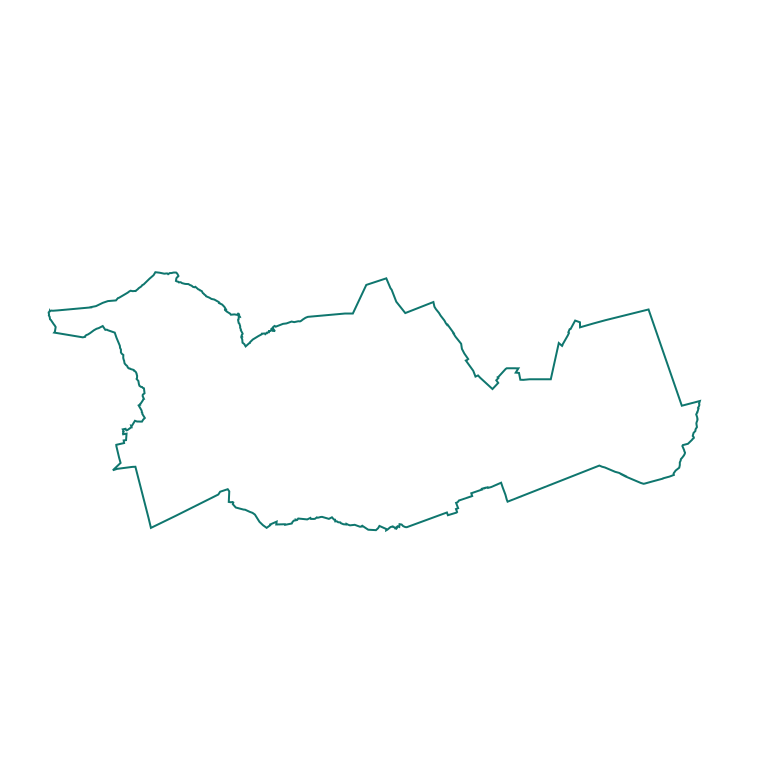 outline of Loreto, Zacatecas, Mexico, rotated 158°
{"feature_id": "50627088B14254391912134", "entity_name": "Loreto", "entity_type": "district", "adm_level": 2, "iso_a3": "MEX", "parent_name": "Mexico", "parent_adm1": "Zacatecas", "projection": "natural_earth1", "projection_center": [-101.92, 22.274], "detail": "fine", "context": "isolated", "style": "outline", "palette": "teal", "viewbox_px": 768, "rotation_deg": 158, "n_neighbors": 0, "source": "geoboundaries", "source_scale": "gbopen_adm2", "svg_char_len": 6150}
<svg xmlns="http://www.w3.org/2000/svg" viewBox="0 0 768 768"><g transform="rotate(158 384 384)"><path d="M154.7,360.2L167.3,361.7L181.0,363.1L179.2,367.8L183.0,371.2L190.4,365.1L191.3,365.3L193.7,362.9L193.4,362.0L195.5,360.1L204.4,353.1L204.3,352.8L204.6,352.6L206.6,356.5L227.6,325.9L247.4,333.9L253.4,335.7L256.0,336.9L254.7,343.7L257.6,345.2L253.5,348.2L264.3,352.6L265.5,352.4L275.1,347.8L276.0,347.7L275.7,346.7L278.5,345.4L277.7,342.2L285.3,338.7L292.5,353.8L293.6,356.7L296.4,356.6L296.3,362.8L299.3,375.1L298.1,375.1L296.6,375.6L298.1,382.2L298.6,387.4L297.4,392.4L300.0,401.1L300.7,405.0L300.3,405.0L302.8,415.2L303.3,415.0L303.9,417.2L304.2,420.2L305.9,426.2L306.4,429.3L307.8,433.9L308.3,436.7L307.5,441.5L337.7,441.8L341.8,455.7L341.6,468.6L342.1,470.3L342.3,481.1L363.3,482.5L386.5,461.0L393.6,463.9L429.5,474.8L432.0,474.8L435.1,474.2L437.1,473.6L438.4,473.5L440.0,474.3L444.1,475.0L446.3,476.5L451.7,476.7L455.1,477.6L462.9,477.7L463.6,478.8L465.1,478.5L466.2,477.8L465.9,477.3L466.2,476.9L465.5,474.5L465.8,474.2L467.1,474.9L466.6,476.5L467.6,477.3L468.0,477.1L468.4,476.0L469.3,475.7L470.8,476.2L471.3,475.1L472.2,475.4L473.3,475.0L473.5,475.4L475.4,474.7L475.6,475.5L478.4,476.4L478.7,475.9L482.4,475.5L489.0,474.4L492.6,472.9L493.0,472.3L493.5,472.4L498.2,470.7L498.6,473.4L499.7,475.3L498.7,478.5L498.8,480.9L497.8,480.9L497.9,482.2L497.4,482.8L496.7,483.1L496.2,483.7L496.6,487.5L496.3,487.8L496.3,490.1L495.7,491.4L495.5,494.3L495.9,495.0L495.3,498.1L494.7,498.3L494.4,499.1L493.9,499.6L493.2,501.9L493.1,501.2L493.2,501.3L493.4,500.9L492.5,500.6L492.8,502.2L492.3,502.8L492.5,503.6L492.9,503.9L494.2,503.1L496.7,504.6L500.0,505.6L500.4,507.0L502.7,510.1L503.7,512.2L503.6,512.5L502.6,512.3L503.1,515.3L504.3,518.3L506.6,520.8L506.2,521.2L506.6,522.0L509.7,525.9L512.1,527.5L513.5,529.4L516.1,532.0L516.1,532.7L517.2,534.6L517.3,535.3L517.9,536.1L518.2,538.5L519.5,539.7L519.6,540.3L520.7,541.3L522.5,544.8L523.5,544.7L524.7,545.6L525.6,547.3L526.7,548.3L527.9,549.9L530.9,551.3L533.5,553.2L534.1,554.2L534.9,554.8L536.1,555.0L536.5,555.9L537.6,556.7L538.3,557.5L536.9,559.8L536.0,560.4L534.3,560.9L534.1,561.3L534.4,564.0L535.1,565.3L537.5,566.2L539.6,566.5L541.0,567.1L543.0,566.7L543.3,567.5L544.3,568.0L546.4,568.6L550.3,571.2L554.1,573.3L556.9,571.2L561.9,569.5L569.7,566.3L570.9,566.3L572.5,565.4L575.6,564.7L577.1,564.0L578.5,563.7L579.4,563.2L580.5,563.7L582.2,564.2L584.0,565.4L585.7,565.2L587.4,564.7L597.4,563.2L598.5,563.3L601.2,561.9L608.9,564.3L614.4,564.6L621.9,564.1L627.0,565.1L627.0,564.8L658.4,574.3L663.7,576.0L664.7,576.6L665.8,576.7L666.6,576.5L666.6,576.9L667.0,576.4L668.0,576.1L668.2,575.8L668.5,574.0L669.1,573.0L668.8,571.8L669.4,569.1L668.9,568.2L667.7,562.6L667.4,561.8L667.1,559.8L669.6,555.7L670.5,555.2L645.8,540.1L643.4,539.7L642.9,540.5L641.5,540.9L640.2,540.8L637.4,541.3L632.8,542.5L629.8,542.9L627.6,542.7L623.1,543.1L622.1,538.6L620.6,538.2L619.9,537.3L614.4,532.5L614.7,527.1L614.6,518.4L615.2,516.3L615.0,514.5L616.1,511.8L615.8,510.3L614.8,508.6L616.0,505.9L616.3,503.8L616.2,503.1L616.4,502.4L616.8,500.2L616.0,497.9L615.6,497.4L615.3,496.3L615.4,495.4L615.1,494.7L614.7,494.0L613.9,493.7L613.7,493.1L610.8,490.8L610.9,490.1L610.1,489.2L609.5,487.6L609.6,486.7L609.5,486.3L609.8,485.3L609.7,484.6L610.0,483.7L610.8,482.0L611.5,481.4L610.6,478.8L611.3,475.7L611.4,473.9L610.4,472.4L609.5,471.9L609.1,470.8L608.2,469.9L609.5,465.1L611.6,464.5L612.3,463.3L612.2,460.2L612.6,460.3L613.7,459.2L616.6,457.2L617.4,457.0L617.8,456.1L618.2,456.3L619.5,456.1L618.7,450.4L618.9,449.0L619.2,448.4L618.9,447.6L619.3,446.7L618.5,442.1L620.6,441.2L622.5,439.8L627.0,441.7L628.7,443.2L633.5,439.6L634.1,440.1L634.3,438.4L634.6,438.5L639.2,437.4L640.1,437.5L640.4,438.1L640.4,439.3L643.2,439.8L643.1,437.7L643.7,437.6L643.7,436.8L644.5,436.1L644.7,435.1L641.3,434.4L644.2,428.6L646.5,429.2L647.1,426.6L655.0,427.9L655.4,426.8L657.2,415.0L657.8,409.5L667.7,405.6L663.3,405.3L648.3,401.4L645.5,400.4L652.5,348.0L654.0,337.9L626.4,339.8L579.0,343.6L576.3,345.5L568.3,345.0L567.7,342.4L572.1,332.8L570.3,331.7L568.6,331.3L568.1,330.6L569.2,329.2L567.7,325.0L561.3,320.2L559.9,319.5L556.3,315.7L554.2,313.8L552.6,311.3L551.1,302.9L549.1,298.4L546.7,294.6L542.3,295.7L542.2,296.4L535.1,296.6L536.5,294.1L528.4,291.1L528.5,290.5L521.8,289.2L520.7,290.2L518.9,291.1L516.9,290.7L516.7,291.4L515.4,290.5L513.9,291.4L505.9,287.2L502.4,287.4L502.3,286.3L499.4,285.1L498.3,284.9L496.2,285.5L495.7,284.9L494.9,284.7L492.5,284.4L491.2,284.0L485.6,279.6L482.2,279.9L481.2,277.1L480.2,276.5L480.7,274.9L479.2,274.4L478.3,273.0L476.3,272.0L476.2,271.2L474.2,269.2L471.7,267.9L471.3,268.5L470.0,267.0L468.5,265.7L463.9,264.4L459.8,260.7L458.9,260.4L457.9,260.6L458.0,260.2L457.5,260.0L457.3,260.0L457.0,260.3L453.2,254.8L446.2,251.5L443.5,252.5L441.4,254.1L436.2,248.7L436.8,247.5L435.4,247.7L431.6,248.9L429.3,248.7L429.3,248.2L427.9,247.1L427.7,245.8L427.1,245.6L426.8,245.8L426.6,245.3L425.8,245.8L426.1,246.5L425.0,246.9L424.8,246.4L424.3,246.7L423.4,245.8L422.1,248.2L420.3,247.1L419.5,245.1L417.9,243.4L416.5,242.7L373.8,241.3L373.9,238.4L364.9,237.6L364.2,237.9L364.1,241.1L361.8,241.1L361.7,246.8L360.3,246.8L359.2,247.2L358.3,247.9L344.2,247.1L344.0,250.0L332.5,249.4L332.5,250.2L329.4,249.9L329.5,249.6L326.9,249.5L326.5,249.4L326.5,248.7L323.2,248.3L312.4,248.6L312.7,243.6L312.9,235.8L313.5,230.8L313.5,228.6L214.9,227.7L212.8,225.6L210.5,223.9L202.6,216.0L199.3,213.5L195.9,209.7L196.5,209.9L194.8,207.9L183.0,196.1L180.8,194.3L179.6,194.0L172.4,193.2L160.9,191.8L160.6,192.0L154.0,191.2L149.3,191.1L149.2,192.2L148.7,192.8L146.0,194.5L141.6,195.8L140.1,198.0L139.1,200.5L137.6,201.9L136.9,203.1L135.1,204.0L132.6,205.5L131.2,206.7L130.6,207.7L130.7,209.1L130.5,210.2L130.6,214.7L129.8,215.4L124.6,214.7L119.4,216.8L118.5,217.4L117.2,217.7L116.7,218.5L117.2,220.2L115.3,222.7L112.9,223.8L112.1,225.3L110.0,226.8L109.2,230.3L108.6,231.3L107.0,233.0L106.6,234.2L106.4,234.2L106.1,235.9L105.9,238.9L104.8,239.8L104.4,240.4L104.1,240.3L102.6,242.2L101.5,243.6L101.8,244.2L99.8,245.9L99.2,247.1L99.3,247.7L97.5,249.9L116.0,252.3L110.8,354.0L154.7,360.2Z" fill="none" stroke="#0f766e" stroke-width="2"/></g></svg>